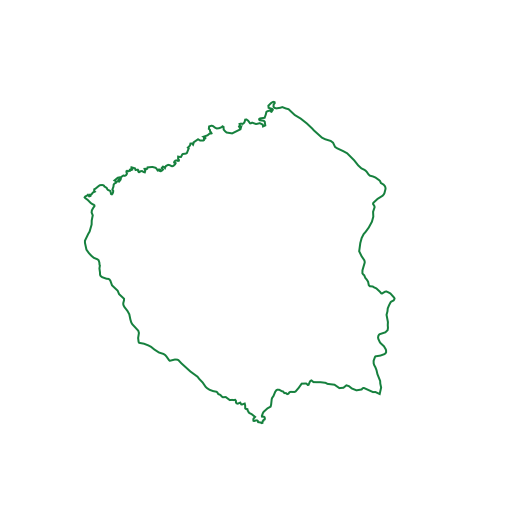 the district of Saen Monourom, Môndól Kiri, Cambodia, rotated 121°
{"feature_id": "14789045B8861726414707", "entity_name": "Saen Monourom", "entity_type": "district", "adm_level": 2, "iso_a3": "KHM", "parent_name": "Cambodia", "parent_adm1": "Môndól Kiri", "projection": "robinson", "projection_center": [107.168, 12.508], "detail": "fine", "context": "isolated", "style": "outline", "palette": "green", "viewbox_px": 512, "rotation_deg": 121, "n_neighbors": 0, "source": "geoboundaries", "source_scale": "gbopen_adm2", "svg_char_len": 6144}
<svg xmlns="http://www.w3.org/2000/svg" viewBox="0 0 512 512"><g transform="rotate(121 256 256)"><path d="M117.3,321.9L120.8,322.8L122.5,321.5L121.6,317.9L122.0,316.9L124.4,317.0L124.5,317.8L123.4,318.5L126.2,320.9L127.2,321.3L129.6,320.5L133.1,319.8L135.9,323.3L136.8,323.8L137.5,323.5L137.7,322.7L136.1,319.0L136.4,317.7L139.3,315.3L141.3,316.7L139.9,317.9L140.2,321.2L142.5,323.5L142.9,324.1L143.7,328.0L145.0,328.8L145.3,329.5L144.1,332.3L143.9,334.5L144.7,335.5L146.6,334.9L147.8,334.8L149.0,335.1L149.8,335.7L150.2,337.0L151.3,338.1L152.4,337.0L153.7,337.3L154.3,336.3L152.8,335.3L155.4,334.6L163.2,339.6L165.3,344.8L165.0,346.7L164.3,348.8L162.1,350.3L162.1,351.5L163.3,351.8L165.5,353.5L166.9,355.3L167.1,357.0L166.8,359.9L167.2,361.2L169.1,362.9L171.3,361.9L171.5,360.6L172.7,359.6L173.3,358.0L173.8,357.3L174.3,357.7L174.6,358.7L177.5,359.7L180.8,362.4L180.8,361.1L181.1,359.3L181.5,360.5L182.1,361.1L183.5,360.3L184.2,360.7L185.8,363.3L185.8,365.8L190.7,368.0L191.5,367.6L193.0,367.3L192.5,368.8L193.4,370.1L195.3,369.5L198.2,370.2L198.4,369.1L203.3,368.3L204.4,368.9L206.2,371.2L206.9,371.5L209.7,371.3L210.4,372.5L210.9,373.9L212.7,372.9L213.4,371.5L214.0,371.2L214.5,371.6L214.9,372.5L214.9,373.2L215.7,374.2L217.1,374.6L218.0,374.3L217.7,373.4L217.8,372.7L219.1,372.6L221.2,373.2L222.0,373.8L222.4,374.5L222.6,376.8L223.1,378.2L225.1,379.5L226.1,379.6L227.5,379.3L227.1,380.9L227.3,381.8L229.0,382.1L229.5,381.4L229.7,380.3L230.7,380.4L232.4,381.3L232.7,382.5L231.4,382.8L231.8,383.8L233.3,384.4L232.4,386.2L232.1,387.5L233.0,390.6L235.9,394.6L237.2,394.2L238.0,394.6L238.0,395.4L238.7,396.4L240.1,394.8L241.6,394.4L241.9,395.5L241.9,397.5L243.1,398.9L244.1,399.0L244.5,399.7L244.1,400.6L243.1,401.2L242.9,401.8L244.3,403.5L243.2,404.9L244.1,408.4L244.8,408.1L245.7,406.6L246.4,407.0L246.5,408.1L247.0,408.6L248.0,408.0L248.5,408.7L249.3,409.2L249.4,410.4L250.1,410.7L251.1,410.0L251.9,409.0L253.6,409.0L254.9,409.8L255.3,411.1L258.0,412.4L259.5,411.6L260.7,411.4L262.8,411.7L262.9,412.6L262.4,413.0L261.4,413.0L260.2,412.3L259.0,413.6L260.1,414.8L264.1,416.2L264.1,414.6L264.4,413.6L265.2,413.7L266.7,414.6L268.0,414.8L270.0,413.9L273.0,413.3L273.7,411.9L275.1,411.3L276.6,411.1L277.4,411.3L277.5,412.2L275.3,414.3L275.6,417.0L275.3,418.0L274.7,418.7L274.5,419.7L274.5,421.8L274.0,422.5L274.1,423.8L275.5,426.1L276.8,426.8L281.0,428.3L282.1,429.0L283.5,428.3L283.8,427.3L285.6,428.5L288.2,428.8L288.9,429.8L289.9,428.9L290.8,429.7L290.1,431.6L291.2,431.9L292.9,433.0L294.0,433.1L294.3,432.3L294.6,429.2L295.7,424.9L295.8,422.7L295.6,421.6L295.8,420.6L296.6,420.1L298.4,420.3L301.4,420.2L303.4,419.3L305.2,416.9L310.2,415.1L313.7,413.1L320.8,411.2L323.3,411.2L331.0,410.5L332.8,409.4L337.9,404.6L339.6,400.7L340.6,397.2L341.1,394.1L340.5,390.2L340.7,388.7L342.3,386.9L344.1,385.6L344.6,384.9L347.3,383.8L350.4,381.3L352.1,380.2L352.9,379.4L353.2,378.7L353.4,377.0L352.5,372.5L351.6,370.6L351.6,369.5L352.2,368.1L355.3,364.3L357.0,356.7L359.2,353.7L360.6,347.1L362.0,346.3L364.8,345.5L366.0,344.7L366.6,344.0L367.5,342.5L369.3,337.9L371.2,334.6L375.1,331.0L377.2,328.7L378.2,326.9L380.7,318.4L382.3,316.7L387.0,314.8L390.1,312.4L390.6,311.4L388.9,306.9L388.1,302.3L387.9,299.2L388.5,295.0L388.7,289.5L387.6,284.8L387.7,282.7L388.3,280.9L390.1,276.8L390.2,275.9L386.6,272.3L385.5,270.4L385.2,268.9L386.4,264.8L388.8,252.7L389.6,243.9L390.6,241.4L391.9,236.6L394.1,231.8L394.5,229.9L394.6,226.9L393.9,223.2L392.7,219.9L392.9,218.7L393.6,217.7L393.8,216.9L393.5,216.1L393.5,214.8L394.1,212.8L394.1,211.6L392.5,209.3L393.0,204.3L391.6,202.3L391.0,200.9L390.0,199.8L390.5,198.6L391.8,197.8L392.3,196.8L392.0,195.6L389.8,194.0L390.8,192.2L390.5,191.5L388.3,189.7L389.6,188.4L392.2,186.7L392.3,186.0L391.7,184.5L392.9,183.4L393.2,182.4L393.9,181.7L394.0,180.6L393.8,178.3L394.4,173.9L396.6,174.4L397.9,173.9L398.6,173.2L398.3,172.5L397.0,171.4L396.4,170.5L396.4,169.6L397.3,168.6L396.4,166.4L396.3,165.0L395.7,164.5L394.7,165.1L394.0,165.2L393.4,164.8L392.6,165.1L391.6,164.4L390.6,164.8L389.8,165.6L389.7,166.5L390.6,168.1L390.1,168.6L387.1,169.2L385.7,169.2L380.7,167.7L377.6,165.9L375.6,166.5L370.6,168.8L369.2,169.1L367.1,168.9L362.5,169.6L360.4,169.4L359.5,168.7L358.7,167.1L358.6,164.3L358.2,163.0L358.9,161.1L358.1,159.7L358.3,158.1L357.4,157.3L355.5,157.1L354.6,156.3L352.8,153.1L351.8,152.3L347.1,151.5L341.9,151.1L339.5,147.4L339.5,146.6L339.9,145.2L339.4,144.6L335.8,145.1L334.8,144.9L334.1,144.4L334.5,141.7L331.0,135.8L328.9,131.1L328.8,128.9L325.9,122.4L326.3,116.5L323.9,113.2L320.3,111.9L319.7,109.3L320.2,105.6L319.4,100.7L316.0,96.7L315.0,96.6L313.9,96.1L313.5,95.3L312.4,85.6L311.1,83.6L310.6,78.9L304.3,81.0L301.3,83.8L299.2,85.2L294.7,91.1L291.8,93.9L290.0,96.2L288.7,98.4L287.5,99.8L285.3,101.2L281.3,102.0L280.5,101.9L277.3,98.1L274.0,95.4L272.7,94.9L271.5,94.9L269.9,95.9L269.2,96.7L267.5,99.8L266.5,104.5L266.0,105.6L264.1,108.4L263.0,109.4L261.4,110.0L260.0,110.0L259.3,109.7L254.8,105.8L251.8,105.0L249.6,105.9L247.5,107.4L244.7,108.9L239.2,113.8L235.8,114.8L233.0,116.1L229.5,116.6L226.3,116.8L225.5,116.6L223.3,115.2L222.3,115.1L221.0,115.4L220.5,116.3L218.9,121.5L219.0,123.9L219.3,126.1L220.3,127.1L223.3,128.7L223.5,129.5L222.8,131.4L221.8,136.1L222.1,139.0L222.0,140.2L223.3,142.9L222.9,144.3L220.3,146.7L219.2,148.9L218.5,151.0L216.8,153.3L216.6,154.6L216.0,155.9L213.4,157.4L205.7,159.4L204.8,160.0L203.9,160.9L201.8,165.4L198.8,170.0L191.1,173.3L186.1,174.7L181.7,175.0L179.1,174.5L173.6,174.0L166.9,174.3L161.9,175.7L157.8,178.4L153.0,179.5L152.2,180.3L151.1,182.5L149.9,182.8L144.4,181.2L139.1,178.5L137.3,178.2L135.9,178.3L131.6,179.6L130.4,180.6L129.7,181.6L129.1,183.4L129.1,186.6L127.9,188.2L127.6,189.3L127.2,194.0L127.6,196.8L128.5,199.8L128.1,201.6L126.8,204.5L126.4,206.1L126.3,207.4L126.6,210.8L125.7,215.1L123.4,221.2L121.0,230.8L121.2,235.2L121.9,242.1L121.8,244.4L119.2,248.3L118.9,251.2L120.3,256.9L120.6,260.4L118.5,271.2L117.8,273.4L116.2,280.7L115.2,288.5L115.2,295.4L113.4,303.7L114.2,306.5L114.8,310.1L116.5,311.6L119.0,314.6L119.5,316.5L119.0,317.9L117.1,318.9L115.3,318.7L114.6,319.3L114.8,320.3L115.5,321.0L117.3,321.9Z" fill="none" stroke="#15803d" stroke-width="2"/></g></svg>